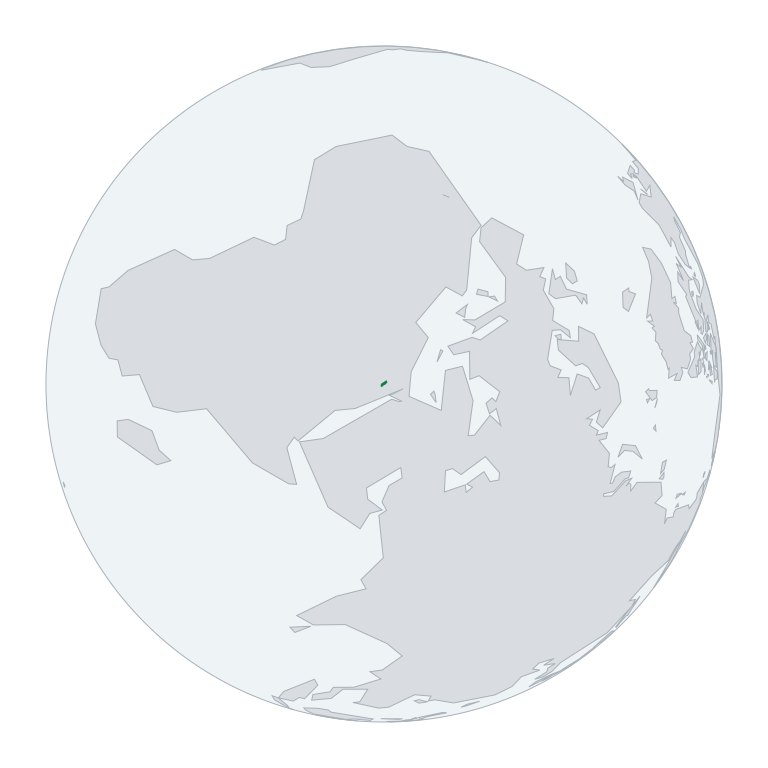 globe centered on Suhaj, rotated 96°
{"feature_id": "EGY-1552", "entity_name": "Suhaj", "entity_type": "Governorate", "adm_level": 1, "iso_a3": "EGY", "parent_name": "Egypt", "parent_adm1": "", "projection": "orthographic", "projection_center": [31.858, 26.536], "detail": "coarse", "context": "on_globe", "style": "filled", "palette": "green", "viewbox_px": 768, "rotation_deg": 96, "n_neighbors": 0, "source": "natural_earth", "source_scale": "10m", "svg_char_len": 10577}
<svg xmlns="http://www.w3.org/2000/svg" viewBox="0 0 768 768"><g transform="rotate(96 384 384)"><circle cx="384" cy="384" r="338" fill="#eef3f6" stroke="#a8b0b8"/><path d="M428.2,49.0L416.7,47.7L415.5,47.7L426.2,48.9L431.5,50.1L416.0,48.1L423.8,50.2L399.9,49.8L359.5,48.7L345.4,51.7L301.8,60.0L305.0,60.3L290.5,65.0L288.8,67.5L281.2,69.2L286.4,69.9L293.7,67.9L298.5,67.7L298.2,69.3L288.4,71.4L287.1,71.0L284.1,72.5L279.3,73.1L281.5,73.7L269.7,76.8L280.8,76.2L270.9,80.9L263.2,82.3L264.9,78.8L251.2,76.6L244.0,78.6L232.1,84.1L207.8,100.6L199.4,105.0L187.4,113.3L191.5,111.9L202.4,105.1L207.2,105.5L219.9,98.2L223.7,97.6L236.5,92.3L233.5,97.1L223.7,104.9L213.0,109.9L208.4,113.9L217.8,112.9L197.1,127.0L182.1,145.5L176.8,149.3L168.0,148.4L170.1,137.8L158.7,140.4L164.9,143.2L151.7,154.1L149.1,158.2L149.2,160.8L153.8,158.6L149.0,163.8L141.0,162.0L145.2,157.2L147.7,157.5L148.6,153.1L143.1,153.6L136.8,160.0L135.2,156.9L130.6,161.8L127.8,164.4L135.1,156.5L121.9,171.1L120.5,172.5L136.7,153.8L154.2,136.3L172.9,120.1L192.8,105.4L213.7,92.1L235.5,80.4L258.2,70.4L281.4,62.0L305.3,55.4L329.6,50.5L354.1,47.4L378.8,46.1L403.6,46.6L428.2,49.0ZM53.4,314.0L52.7,318.1L52.1,320.8L48.0,355.1L49.4,379.7L49.7,396.3L48.9,402.4L50.7,410.2L50.8,415.6L63.3,446.2L74.1,471.3L76.8,489.6L73.6,501.3L84.6,538.3L82.8,537.1L72.1,514.0L63.2,490.1L56.1,465.6L50.9,440.7L47.5,415.4L46.1,389.9L46.6,364.5L49.1,339.1L53.4,314.0ZM237.2,90.2L236.8,91.3L234.6,91.7L237.2,90.2ZM243.1,87.2L240.9,87.0L243.4,85.5L244.7,85.7L243.1,87.2ZM440.0,50.8L443.7,51.7L437.3,50.4L440.0,50.8ZM245.3,87.9L248.0,83.0L252.4,80.7L261.1,79.5L245.3,87.9ZM444.2,52.0L453.5,54.9L459.4,55.8L448.0,55.8L443.9,52.7L435.0,50.8L442.0,51.9L444.2,52.0ZM296.2,66.6L288.4,68.8L295.2,65.7L296.2,66.6ZM299.4,64.8L313.4,57.3L324.7,55.5L317.7,58.1L332.6,55.3L331.2,58.0L322.7,60.2L315.7,60.6L320.5,61.5L299.4,64.8ZM440.2,55.8L440.2,56.6L437.3,55.5L440.2,55.8ZM300.9,67.4L302.7,65.8L312.7,64.0L310.8,67.0L308.2,66.6L300.9,67.4ZM337.2,53.6L344.2,53.2L345.1,55.2L347.9,55.4L332.2,58.0L337.2,53.6ZM305.8,67.8L309.6,68.7L304.6,71.1L299.8,69.0L305.8,67.8ZM316.0,62.4L320.6,61.9L317.5,63.1L316.0,62.4ZM289.2,81.3L291.1,78.7L296.5,77.5L289.2,81.3ZM311.4,69.0L313.1,68.2L315.4,67.5L316.8,68.7L311.4,69.0ZM333.9,59.5L332.7,60.6L340.3,58.5L341.3,60.4L330.6,61.9L335.6,62.1L335.9,62.7L326.8,63.4L333.9,59.5ZM325.3,68.3L312.0,71.8L307.2,76.5L302.3,77.6L311.0,70.0L325.3,68.3ZM327.0,65.3L324.8,67.3L319.8,67.3L318.2,66.0L327.0,65.3ZM345.7,61.3L347.1,57.9L349.4,57.8L345.7,61.3ZM324.9,69.6L328.1,68.8L325.1,69.9L324.9,69.6ZM340.5,63.6L340.6,62.4L343.2,62.2L340.5,63.6ZM334.4,68.4L330.1,69.4L328.9,68.4L334.4,68.4ZM338.0,66.2L341.5,66.3L331.0,67.4L337.6,65.6L338.0,66.2ZM342.9,63.7L344.5,63.2L342.4,64.3L342.9,63.7ZM341.6,72.3L328.6,73.9L325.9,71.4L338.8,70.0L341.6,72.3ZM152.8,456.5L135.6,402.0L145.3,386.0L148.0,363.5L216.0,304.1L229.4,312.1L281.9,311.6L288.2,315.4L281.0,332.6L319.5,358.8L333.2,344.8L369.1,358.3L393.7,357.8L404.3,324.3L364.1,324.3L358.1,307.8L391.3,293.7L426.6,294.9L425.4,288.7L404.0,275.2L413.0,263.6L396.7,269.7L402.6,276.0L392.5,280.5L386.5,275.1L389.9,270.9L379.5,268.1L365.8,290.3L370.4,299.1L342.6,302.4L347.6,317.7L339.7,324.4L328.4,301.2L330.2,292.9L308.3,267.3L303.9,276.0L324.3,301.2L317.5,298.9L311.7,312.4L310.8,300.3L289.7,272.0L265.2,274.2L232.4,303.8L218.5,303.8L207.5,294.1L221.1,260.7L250.8,264.7L256.0,254.3L251.5,237.1L260.9,240.3L262.6,234.2L274.0,235.4L291.4,222.9L303.1,223.0L311.4,205.4L318.5,203.5L311.6,214.2L313.1,222.3L342.5,223.9L348.6,220.5L351.5,209.3L359.2,211.8L358.4,200.8L375.9,197.4L353.8,192.9L356.7,181.2L368.0,172.9L365.0,168.6L346.5,182.3L342.8,188.7L345.9,195.3L332.1,214.0L321.7,216.4L321.1,194.9L306.3,196.6L312.2,180.4L358.4,151.1L377.0,146.4L404.7,161.9L399.6,168.8L387.1,166.3L397.4,178.9L397.2,172.9L403.6,175.4L408.0,166.1L412.7,167.5L408.8,156.6L415.1,157.4L417.5,164.3L429.4,152.6L442.9,152.4L443.3,149.2L439.9,145.8L459.3,148.7L458.7,146.3L452.1,144.3L446.8,138.4L444.8,129.5L451.6,130.9L453.2,134.3L466.9,144.3L470.2,154.0L472.8,153.8L471.5,145.8L454.9,133.5L451.8,127.8L460.5,132.7L457.1,130.4L457.7,128.1L464.6,127.5L455.4,122.0L452.7,98.3L465.9,95.8L474.0,102.0L479.2,90.2L493.7,90.4L487.6,88.3L486.0,82.5L481.5,82.2L478.4,80.9L472.3,68.5L476.1,67.5L466.6,61.8L463.5,61.0L460.1,61.2L448.0,55.8L459.4,55.8L466.0,57.5L468.7,57.2L483.2,61.6L496.4,65.8L510.7,72.1L519.9,75.7L519.9,75.3L532.4,80.6L558.3,94.6L537.4,84.8L498.6,68.6L514.5,74.8L510.9,74.2L516.6,77.2L527.8,82.1L529.0,82.1L547.0,97.8L573.9,117.2L572.0,111.5L579.0,114.1L608.0,136.0L642.5,179.2L652.3,187.0L658.3,194.7L661.9,203.2L653.2,192.0L649.6,191.5L644.1,184.5L647.0,195.8L639.2,186.3L645.3,200.7L651.9,206.3L652.2,199.1L660.8,216.8L671.5,225.1L681.7,241.4L693.9,281.4L692.8,300.7L694.6,306.9L689.5,304.5L689.8,320.9L704.9,345.6L706.9,355.3L704.0,381.7L702.7,374.9L689.3,368.3L691.8,392.8L702.2,403.6L706.0,422.9L700.2,422.2L695.8,405.6L691.0,402.7L688.7,382.1L677.7,356.3L671.6,367.9L668.6,355.8L652.6,337.5L641.9,353.6L627.3,397.4L631.0,429.0L623.4,446.6L600.0,409.1L589.5,380.4L581.0,386.5L556.9,366.5L515.2,375.4L509.3,368.2L501.5,373.7L484.5,368.4L475.5,356.1L465.3,358.6L489.2,390.6L500.3,388.1L509.5,372.6L514.2,384.6L530.5,392.6L512.3,426.8L450.4,462.1L444.6,438.7L398.4,374.9L399.9,367.2L399.7,366.3L399.2,364.8L394.8,377.3L386.9,364.5L411.4,410.2L415.4,429.9L449.6,463.6L446.3,467.7L457.4,474.0L493.0,460.4L493.2,468.3L476.2,506.6L427.1,557.9L433.8,587.1L430.5,611.4L400.2,628.2L403.4,645.1L387.8,651.2L387.1,660.2L374.9,669.5L354.3,677.3L318.8,675.2L316.2,667.6L297.8,650.4L272.1,606.4L280.6,587.3L277.3,570.5L251.7,528.7L257.3,507.5L250.5,497.0L236.5,496.9L228.7,484.0L220.3,482.1L168.2,476.6L152.8,456.5ZM191.6,338.7L189.5,345.3L191.6,338.7ZM463.8,313.8L485.1,312.7L475.8,292.7L483.2,290.9L477.3,285.1L475.0,291.3L460.7,275.4L470.0,268.3L467.5,259.7L460.2,259.8L445.6,275.6L466.0,297.9L461.0,307.0L463.8,313.8ZM52.7,318.4L51.7,323.7L52.0,321.2L52.7,318.4ZM67.5,265.7L65.7,270.8L66.5,268.3L67.5,265.7ZM152.2,154.2L152.7,154.5L151.7,157.9L149.9,158.0L152.2,154.2ZM160.8,165.1L153.0,173.3L157.3,167.1L153.3,168.2L157.5,157.4L174.4,150.7L166.0,155.3L160.8,165.1ZM167.8,142.3L163.2,149.2L167.6,142.0L167.8,142.3ZM261.3,202.6L264.6,207.1L259.5,213.5L244.7,215.9L251.9,206.4L261.3,202.6ZM270.6,212.4L274.1,191.8L283.5,190.3L277.6,194.5L283.5,195.6L275.6,202.7L281.2,222.4L277.0,229.5L251.8,228.5L262.3,224.5L258.4,219.9L270.6,212.4ZM266.4,150.0L268.1,143.3L286.3,148.5L282.7,154.3L267.6,156.3L263.0,150.7L266.4,150.0ZM260.1,87.8L259.5,86.5L262.3,85.7L264.9,86.1L260.1,87.8ZM289.6,80.2L265.3,93.2L263.5,92.2L251.5,102.2L241.9,103.6L250.0,96.8L233.6,106.0L237.1,100.5L226.6,107.3L245.6,92.2L248.0,88.4L248.9,91.9L257.7,90.5L262.2,88.8L276.8,81.4L286.4,73.5L296.6,71.6L301.3,72.5L300.5,74.1L294.1,74.6L297.7,76.5L287.9,78.5L289.6,80.2ZM350.0,95.7L342.9,93.5L348.4,101.6L338.6,102.0L339.9,102.9L332.4,105.8L325.4,111.1L321.1,110.6L320.3,113.0L315.3,115.3L312.7,118.6L304.1,119.0L300.2,123.2L298.3,121.1L293.9,128.4L293.3,123.3L286.8,126.4L290.8,129.7L250.8,128.7L234.4,133.7L221.1,141.1L221.9,132.6L234.9,120.7L253.3,109.6L269.0,106.6L266.5,103.8L273.2,101.7L272.4,104.8L277.7,99.0L283.1,98.2L299.5,91.0L303.9,84.0L310.1,81.6L311.0,84.0L316.4,80.1L322.3,83.2L326.9,81.7L337.2,83.8L336.4,90.0L341.5,88.0L349.6,90.1L350.0,95.7ZM344.2,73.0L345.5,79.3L340.7,82.9L324.7,77.9L319.8,78.8L309.4,76.7L316.5,71.7L318.8,72.7L322.7,72.5L318.9,74.1L324.9,72.8L328.3,74.2L333.9,73.7L332.7,75.8L344.2,73.0ZM296.2,309.4L301.2,310.7L309.3,310.7L305.8,319.7L296.2,309.4ZM281.4,290.3L286.1,289.6L285.1,301.4L279.8,300.4L281.4,290.3ZM289.6,279.8L286.4,288.7L285.0,283.3L289.6,279.8ZM316.0,213.3L321.1,212.4L321.3,215.1L318.1,218.9L316.0,213.3ZM364.4,123.0L361.1,120.3L362.8,119.2L361.8,111.8L369.0,111.4L372.4,115.7L364.4,123.0ZM397.0,330.2L389.4,336.7L385.9,333.7L389.2,332.0L397.0,330.2ZM345.1,328.9L356.5,333.6L344.0,331.3L345.1,328.9ZM372.0,121.3L370.8,118.2L375.2,120.0L372.0,121.3ZM374.2,110.9L379.5,112.2L369.8,110.6L374.2,110.9ZM518.7,690.5L519.8,691.1L515.0,692.8L518.7,690.5ZM488.1,601.4L464.5,643.6L448.6,645.5L445.9,634.7L454.7,609.9L473.3,600.7L482.5,588.0L488.1,601.4ZM716.8,442.8L716.4,444.8L717.1,440.9L717.3,439.9L716.8,442.8ZM716.4,444.0L709.5,460.0L705.7,462.6L707.4,456.0L713.5,446.9L716.4,444.0ZM707.1,456.3L700.2,451.5L684.9,422.3L690.5,418.4L705.3,430.1L704.6,435.5L708.8,441.1L707.1,456.3ZM720.4,405.8L719.4,420.1L716.4,428.0L714.5,429.9L713.4,415.5L714.1,405.3L715.9,402.2L718.3,359.9L720.0,362.5L720.3,378.9L721.5,386.8L720.4,405.8ZM632.6,431.4L640.4,446.7L635.7,452.1L632.6,431.4ZM716.0,334.2L717.2,352.2L715.0,330.5L716.0,334.2ZM712.7,315.5L714.3,321.6L712.5,317.5L712.7,315.5ZM697.7,315.7L696.0,320.7L694.3,316.3L695.5,307.4L697.7,315.7ZM689.5,255.7L695.5,268.5L697.3,273.6L693.6,267.4L689.5,255.7ZM431.6,119.3L424.9,129.4L424.9,137.8L432.3,143.6L419.0,140.4L419.1,127.4L431.6,119.3ZM449.4,100.4L442.8,96.3L447.4,95.9L449.6,96.8L449.4,100.4ZM444.1,99.5L432.8,98.9L430.2,95.2L439.7,96.4L444.1,99.5ZM402.4,108.6L399.9,111.5L396.4,109.8L402.4,108.6ZM720.2,417.6L721.0,406.9L721.7,388.5L721.8,379.7L721.8,375.1L721.9,379.3L721.8,387.2L721.8,393.9L721.8,392.7L720.2,417.6ZM719.5,343.5L718.6,338.2L719.3,346.0L716.4,323.5L717.5,329.4L719.5,343.5ZM716.3,324.5L717.1,331.6L715.2,319.4L716.3,324.5ZM716.3,328.8L714.7,321.6L715.0,320.0L716.3,328.8ZM716.2,323.2L713.3,309.7L714.9,315.9L716.2,323.2ZM710.2,306.0L713.6,312.7L712.0,314.7L704.4,290.9L704.5,287.2L710.2,306.0ZM663.0,196.1L658.7,190.7L656.7,186.7L660.2,191.4L663.0,196.1ZM646.2,171.0L654.8,183.9L661.0,195.6L662.5,196.4L670.1,208.3L664.0,201.5L654.5,185.8L651.1,179.0L643.8,170.0L637.1,161.2L628.1,151.9L623.0,146.3L630.1,152.9L646.2,171.0ZM624.3,148.3L606.2,131.8L605.5,129.6L609.4,132.6L617.9,140.9L617.8,141.5L624.3,148.3ZM601.6,127.4L601.3,128.2L574.0,111.0L568.0,107.1L588.5,117.5L589.3,119.0L596.1,124.0L601.6,127.4ZM443.8,57.0L440.5,56.6L442.6,56.3L443.8,57.0ZM476.0,81.0L472.2,79.1L474.7,78.4L476.0,81.0ZM463.0,73.9L462.8,75.9L460.2,73.1L463.0,73.9ZM463.0,80.8L461.4,76.4L467.0,81.6L463.0,80.8Z" fill="#d9dde1" stroke="#a8b0b8" stroke-width="1"/><path d="M386.2,386.4L385.9,386.2L385.6,385.8L385.4,385.8L385.3,386.0L385.2,386.0L384.8,386.1L384.7,386.1L384.5,386.3L382.3,383.6L381.8,383.1L381.1,382.2L381.6,382.0L381.7,381.9L381.8,381.7L382.0,381.6L382.1,381.8L382.3,382.1L382.5,382.3L382.7,382.2L383.6,382.9L383.9,383.1L383.9,383.3L384.1,383.5L384.3,383.8L384.3,384.2L384.4,384.4L384.5,384.6L384.7,384.8L384.9,384.9L385.1,385.0L385.4,385.0L385.5,385.1L385.8,385.5L386.4,386.2L386.2,386.4Z" fill="#22c55e" stroke="#15803d" stroke-width="1.5"/></g></svg>